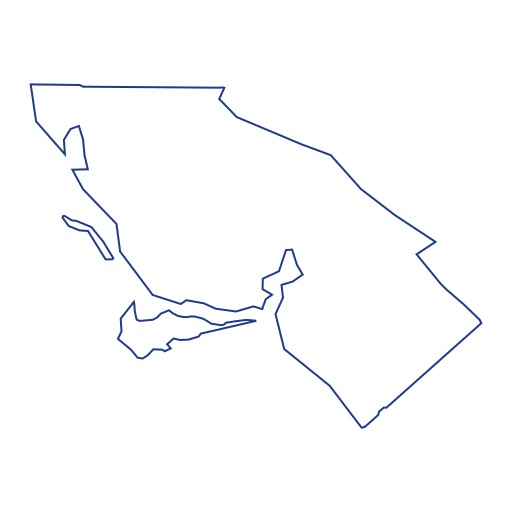 Juneau, Alaska, United States of America (Natural Earth projection)
{"feature_id": "52423323B73641468228234", "entity_name": "Juneau", "entity_type": "district", "adm_level": 2, "iso_a3": "USA", "parent_name": "United States of America", "parent_adm1": "Alaska", "projection": "natural_earth1", "projection_center": [-134.408, 58.383], "detail": "fine", "context": "isolated", "style": "outline", "palette": "blue", "viewbox_px": 512, "rotation_deg": 0, "n_neighbors": 0, "source": "geoboundaries", "source_scale": "gbopen_adm2", "svg_char_len": 1597}
<svg xmlns="http://www.w3.org/2000/svg" viewBox="0 0 512 512"><path d="M30.7,84.4L36.1,121.4L64.9,154.3L63.9,139.9L70.5,129.0L78.9,126.0L83.1,139.7L84.5,155.1L87.8,169.3L72.4,169.7L83.0,189.2L116.5,224.0L120.1,251.5L138.7,276.3L152.7,295.0L180.8,304.0L186.3,300.2L203.8,303.3L215.7,308.7L236.0,311.5L253.5,306.4L262.2,309.1L265.6,299.4L272.0,294.7L262.6,289.2L262.8,278.7L279.0,271.2L286.0,250.1L292.1,249.6L296.9,264.7L302.7,274.6L292.6,281.6L281.5,284.9L283.0,297.7L275.5,314.1L284.2,349.0L329.7,385.8L361.4,427.4L362.8,427.6L364.2,426.7L364.7,427.0L378.2,415.0L379.0,411.7L383.8,407.6L386.4,407.7L481.3,323.2L479.6,319.7L463.6,304.3L446.4,289.5L440.5,283.6L416.6,254.3L435.5,241.9L394.7,215.0L361.0,189.1L330.8,155.2L301.2,144.2L236.8,117.1L234.7,114.9L219.2,99.0L224.3,87.8L222.6,87.4L219.6,87.7L83.1,86.7L79.7,85.0L30.7,84.4ZM255.4,321.0L255.2,320.6L246.5,319.9L236.6,321.1L226.1,322.7L223.7,324.7L221.4,325.2L211.4,323.7L204.6,319.5L201.8,318.3L194.4,316.5L190.8,316.4L186.9,317.2L182.2,316.8L177.9,315.9L173.0,313.4L169.0,310.3L160.9,313.6L157.9,316.6L157.8,317.1L152.7,319.8L141.1,320.8L139.5,320.8L137.2,320.0L136.3,318.5L134.8,311.0L134.3,304.4L133.9,301.9L120.7,318.6L121.5,331.3L118.0,338.9L131.3,350.0L137.6,357.7L142.7,358.5L147.7,355.3L153.3,349.3L162.4,349.7L164.8,351.3L170.7,348.4L167.1,344.2L173.7,338.5L180.0,340.0L188.7,339.6L198.7,336.5L200.9,333.6L255.4,321.0ZM63.3,215.9L62.5,217.6L68.8,226.1L79.6,230.4L88.0,231.0L105.6,259.4L112.4,259.3L113.3,258.2L103.2,241.6L91.4,227.1L76.4,220.9L71.9,220.4L64.9,216.1L63.3,215.9Z" fill="none" stroke="#1e3a8a" stroke-width="2"/></svg>